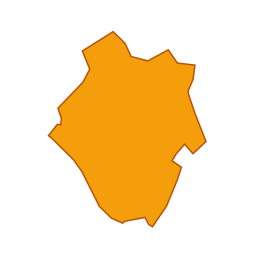 Norfolk, Virginia, United States of America (orthographic projection), rotated 207°
{"feature_id": "52423323B60127042569296", "entity_name": "Norfolk", "entity_type": "district", "adm_level": 2, "iso_a3": "USA", "parent_name": "United States of America", "parent_adm1": "Virginia", "projection": "orthographic", "projection_center": [-76.263, 36.895], "detail": "fine", "context": "isolated", "style": "filled", "palette": "amber", "viewbox_px": 256, "rotation_deg": 207, "n_neighbors": 0, "source": "geoboundaries", "source_scale": "gbopen_adm2", "svg_char_len": 685}
<svg xmlns="http://www.w3.org/2000/svg" viewBox="0 0 256 256"><g transform="rotate(207 128 128)"><path d="M157.6,193.1L169.1,202.1L185.0,207.1L203.6,175.9L188.8,163.0L188.9,148.6L199.4,113.8L194.7,109.2L192.6,107.4L191.6,106.0L189.4,100.3L192.6,99.2L195.4,85.1L191.8,84.4L171.3,77.9L161.7,74.8L149.1,68.1L121.6,47.9L117.8,45.1L101.6,40.1L89.6,40.8L89.4,41.3L88.0,43.9L72.3,56.0L65.8,51.5L61.4,51.1L58.2,75.8L60.5,103.9L62.6,117.3L69.5,118.2L73.9,118.8L73.3,126.5L73.2,127.2L70.2,139.3L58.4,134.6L55.4,142.9L52.4,151.4L74.5,171.0L89.3,185.4L91.3,188.5L92.1,200.9L96.9,214.4L113.5,208.3L127.7,215.9L140.8,196.8L157.6,193.1Z" fill="#f59e0b" stroke="#b45309" stroke-width="1.5"/></g></svg>